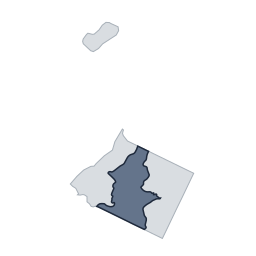 Centro Sur highlighted on a map of Equatorial Guinea, rotated 26°
{"feature_id": "GNQ-1468", "entity_name": "Centro Sur", "entity_type": "Province", "adm_level": 1, "iso_a3": "GNQ", "parent_name": "Equatorial Guinea", "parent_adm1": "", "projection": "robinson", "projection_center": [10.435, 1.583], "detail": "fine", "context": "in_parent", "style": "filled", "palette": "slate", "viewbox_px": 256, "rotation_deg": 26, "n_neighbors": 0, "source": "natural_earth", "source_scale": "10m", "svg_char_len": 3109}
<svg xmlns="http://www.w3.org/2000/svg" viewBox="0 0 256 256"><g transform="rotate(26 128 128)"><path d="M206.9,139.9L207.0,154.2L207.1,166.3L207.1,179.5L207.2,193.1L207.3,204.7L207.3,212.2L196.1,212.2L181.2,212.1L166.4,212.0L151.5,212.0L144.0,212.0L135.8,211.9L133.2,212.3L131.3,214.2L129.2,214.6L126.6,213.0L123.5,212.3L122.7,210.6L121.2,207.6L118.1,207.2L116.6,207.6L114.4,209.3L111.9,210.2L112.4,208.8L107.5,205.1L103.9,204.7L100.7,203.6L103.3,193.8L106.6,185.2L111.5,178.7L114.2,177.2L115.0,173.9L118.9,163.3L123.7,154.7L122.2,146.0L123.4,131.4L124.8,131.8L125.0,133.2L125.4,135.2L127.2,137.0L133.2,139.9L151.1,139.9L161.7,139.9L177.5,139.9L194.2,139.9L206.9,139.9ZM65.2,41.4L66.5,41.6L74.7,41.4L76.9,44.6L76.7,49.5L68.3,63.5L66.7,69.4L63.4,74.5L60.6,74.9L50.9,71.9L49.3,70.1L48.7,67.7L49.7,62.1L50.4,60.4L55.0,59.4L56.5,58.4L59.0,52.4L59.8,46.9L61.9,42.7L65.2,41.4Z" fill="#d9dde1" stroke="#a8b0b8" stroke-width="1"/><path d="M144.7,140.0L156.7,140.0L156.8,143.1L157.2,145.1L158.1,147.7L158.2,148.6L158.1,149.4L157.6,150.6L157.4,151.5L157.3,153.0L157.4,153.7L157.6,154.3L158.4,155.0L159.0,155.1L161.3,154.8L162.3,155.1L162.6,155.5L164.0,157.4L167.6,160.8L167.9,161.8L167.8,163.2L167.5,164.7L167.2,165.8L165.8,168.2L165.6,169.1L165.7,169.9L166.3,171.1L166.6,171.8L166.3,173.5L165.6,174.8L165.7,175.8L167.5,176.8L169.2,177.3L170.7,177.5L172.2,177.3L173.7,176.8L175.5,175.8L176.2,175.6L176.7,175.6L177.6,176.0L178.2,176.1L178.7,175.8L179.1,175.3L179.5,175.2L180.2,176.7L180.7,176.5L181.3,175.6L181.7,175.4L182.1,175.2L182.5,175.0L182.9,175.2L183.0,175.5L183.1,176.1L183.3,176.3L184.1,176.6L186.9,177.2L187.2,177.1L187.4,177.0L187.9,176.7L187.9,177.1L187.6,177.7L187.0,178.0L185.1,178.9L184.5,179.4L182.0,182.4L181.6,183.2L180.8,184.9L178.5,188.3L177.5,190.3L176.8,192.2L176.7,192.9L176.8,193.7L177.2,194.7L180.8,199.2L181.4,199.7L183.7,200.9L184.3,201.7L184.9,203.0L185.8,207.1L186.3,208.1L186.7,208.5L187.2,208.7L187.5,209.1L187.9,209.5L187.9,210.2L187.8,210.7L187.1,212.0L174.6,212.1L158.2,212.0L157.0,212.0L141.8,212.0L135.9,212.0L134.3,212.2L134.6,210.8L135.1,209.6L135.5,209.1L135.8,208.7L136.0,208.4L137.3,207.6L138.6,207.0L138.9,206.9L139.6,206.6L140.1,206.5L140.6,206.6L141.7,206.9L142.4,207.1L143.2,207.1L144.2,207.0L146.3,206.6L147.1,206.2L148.0,205.7L148.7,205.1L149.2,204.3L149.4,203.5L149.3,202.7L149.1,202.0L148.8,201.4L148.3,201.1L148.0,201.2L147.7,201.5L147.3,202.0L146.8,202.2L146.3,202.1L145.7,201.8L145.4,201.3L145.1,199.8L144.9,199.3L144.6,198.8L144.4,198.3L144.4,197.5L144.4,196.8L144.3,196.2L144.0,195.8L143.4,195.8L142.9,195.6L142.4,195.2L142.1,193.9L142.0,193.0L141.8,188.9L141.6,188.2L140.5,187.6L140.0,187.1L139.6,186.1L139.5,185.3L139.6,184.5L140.2,183.1L140.6,182.3L140.5,182.1L140.4,181.7L139.4,180.8L137.8,180.0L134.3,178.8L130.4,177.6L130.0,177.4L129.8,177.0L129.8,176.4L130.1,175.8L130.6,175.3L131.5,174.9L132.5,174.7L133.3,174.1L134.3,172.5L137.6,165.7L139.6,162.8L140.1,161.6L140.4,154.9L140.6,153.7L140.9,152.8L141.5,151.6L142.0,150.9L144.1,148.8L144.5,148.2L144.8,147.5L145.0,146.4L145.1,143.4L144.7,140.0Z" fill="#64748b" stroke="#1e293b" stroke-width="1.5"/></g></svg>